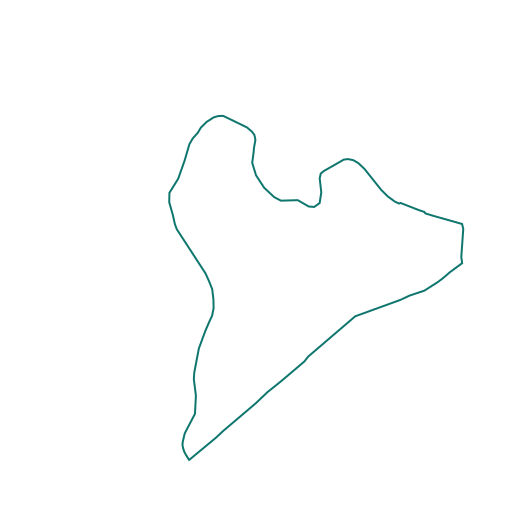 outline of San Bartolo, Totonicapán, Guatemala, rotated 141°
{"feature_id": "79465075B3234848459955", "entity_name": "San Bartolo", "entity_type": "district", "adm_level": 2, "iso_a3": "GTM", "parent_name": "Guatemala", "parent_adm1": "Totonicapán", "projection": "equal_earth", "projection_center": [-91.463, 15.109], "detail": "fine", "context": "isolated", "style": "outline", "palette": "teal", "viewbox_px": 512, "rotation_deg": 141, "n_neighbors": 0, "source": "geoboundaries", "source_scale": "gbopen_adm2", "svg_char_len": 1252}
<svg xmlns="http://www.w3.org/2000/svg" viewBox="0 0 512 512"><g transform="rotate(141 256 256)"><path d="M100.3,120.7L97.1,126.0L77.9,146.6L75.7,151.2L92.5,175.0L97.5,182.4L97.5,184.4L100.7,189.4L110.3,206.3L111.7,206.6L113.8,210.7L116.1,219.4L117.1,228.7L116.9,255.3L118.0,263.7L120.1,269.3L123.5,273.4L127.2,275.7L131.2,276.3L150.0,279.4L153.8,279.3L157.6,276.3L165.2,264.4L173.2,257.1L179.9,257.5L183.8,261.2L185.2,264.7L188.4,273.1L201.8,283.3L204.8,290.2L206.7,303.8L205.2,318.7L200.3,330.8L192.9,337.8L189.3,341.5L183.6,346.4L182.2,348.7L181.1,351.2L180.9,355.1L182.1,361.6L193.3,385.5L197.2,388.5L201.8,390.4L209.9,391.3L218.0,390.5L223.6,388.4L231.1,387.2L237.4,384.8L251.4,375.1L267.9,365.0L283.5,359.6L289.6,352.4L295.0,339.8L298.8,332.2L300.7,326.8L306.2,274.2L308.5,265.5L310.9,257.8L316.3,249.2L321.8,242.1L327.7,237.2L333.1,234.6L342.1,229.9L358.6,220.1L377.3,204.3L381.9,199.3L390.5,185.4L402.7,171.8L423.0,163.0L430.1,157.5L432.2,155.2L433.5,152.7L434.9,149.2L435.7,144.9L436.3,139.7L434.8,139.6L401.2,140.0L391.7,140.7L348.8,141.7L332.9,143.0L315.0,142.9L284.7,143.6L278.7,145.0L216.8,146.7L171.6,131.1L161.6,128.6L146.9,123.1L130.8,121.3L124.6,121.1L115.8,121.4L100.3,120.7Z" fill="none" stroke="#0f766e" stroke-width="2"/></g></svg>